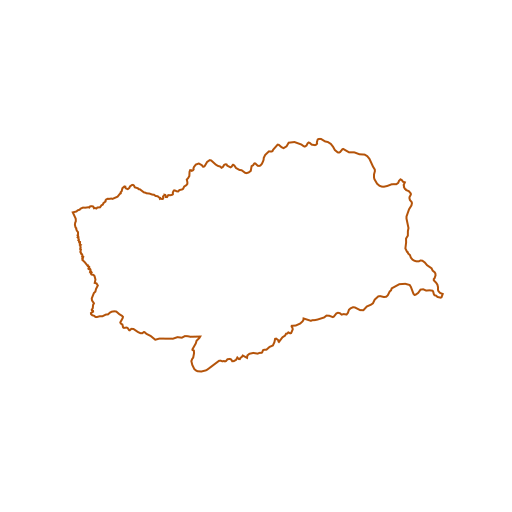 Lugela, Zambezia, Mozambique, rotated 314°
{"feature_id": "85939544B172449318268", "entity_name": "Lugela", "entity_type": "district", "adm_level": 2, "iso_a3": "MOZ", "parent_name": "Mozambique", "parent_adm1": "Zambezia", "projection": "orthographic", "projection_center": [36.652, -16.329], "detail": "fine", "context": "isolated", "style": "outline", "palette": "amber", "viewbox_px": 512, "rotation_deg": 314, "n_neighbors": 0, "source": "geoboundaries", "source_scale": "gbopen_adm2", "svg_char_len": 6157}
<svg xmlns="http://www.w3.org/2000/svg" viewBox="0 0 512 512"><g transform="rotate(314 256 256)"><path d="M388.6,232.0L387.9,228.5L386.4,226.1L385.4,221.6L384.7,220.7L383.4,219.6L382.6,219.5L380.2,220.7L379.2,221.9L377.8,221.9L376.7,221.4L374.8,218.7L374.7,216.1L374.2,215.0L372.8,214.9L370.5,215.6L368.6,215.1L368.1,214.0L367.7,211.2L364.7,204.5L360.2,200.8L356.1,201.8L352.7,200.9L352.0,198.7L351.8,195.2L351.1,194.2L344.4,194.5L342.8,195.0L341.7,194.4L340.2,192.6L335.1,192.4L332.0,193.4L330.5,194.6L329.0,195.3L326.4,196.2L324.1,196.3L323.0,195.7L322.1,194.6L322.1,191.5L321.9,190.8L321.2,190.5L319.4,190.9L317.6,190.4L313.6,193.1L311.0,192.7L309.0,191.6L308.3,190.5L307.7,186.1L306.4,184.3L305.4,180.5L306.0,177.7L305.9,176.4L305.5,176.0L303.3,176.4L302.1,176.1L301.0,172.6L301.4,171.2L300.7,170.3L299.4,169.8L297.1,170.3L295.5,169.9L295.5,168.2L294.3,165.9L293.8,163.5L293.6,157.4L292.8,156.1L289.7,155.5L285.1,156.6L283.9,156.4L283.4,155.8L283.7,154.0L282.8,150.6L280.0,149.2L277.1,149.5L275.6,150.1L274.9,151.0L273.8,151.1L272.6,150.6L272.7,149.8L272.0,149.0L270.4,149.7L267.2,152.5L264.7,153.1L262.9,153.1L261.4,155.4L260.2,156.5L258.5,156.7L256.1,156.1L253.6,156.9L252.7,156.7L250.2,155.1L248.4,155.2L247.6,154.3L246.7,151.9L246.0,151.4L244.0,152.0L242.7,153.3L242.1,153.3L240.5,152.4L238.8,150.6L236.6,151.1L235.8,150.2L236.4,149.8L236.5,148.8L236.9,148.3L236.6,147.8L236.4,148.1L235.1,147.7L234.1,147.9L233.3,149.0L232.2,149.3L231.0,147.8L231.2,147.1L230.7,147.0L231.1,146.6L230.7,145.4L230.7,143.8L229.4,142.0L229.2,140.1L228.1,138.7L226.9,136.0L225.0,133.6L224.8,132.6L223.9,131.2L223.3,126.1L222.5,125.1L222.7,124.0L221.2,121.1L221.9,119.3L221.7,118.2L221.0,117.5L218.6,117.0L216.9,117.6L215.0,117.3L214.3,115.5L214.4,114.4L215.1,113.8L214.6,113.0L212.0,112.8L209.2,114.4L207.7,114.4L207.1,115.2L206.0,114.9L202.5,115.2L197.4,113.1L196.8,112.0L194.7,110.4L194.4,109.7L192.7,109.0L191.5,109.1L190.7,109.9L188.1,109.5L186.6,110.1L185.1,109.6L182.7,110.0L180.7,108.2L179.3,108.2L178.5,106.6L177.8,106.3L178.5,104.6L177.8,103.3L176.5,102.2L175.0,102.4L174.8,101.7L172.1,99.6L170.6,97.9L168.1,96.9L166.8,97.0L165.0,96.0L163.3,95.9L160.1,93.9L157.6,100.4L155.9,102.2L154.2,102.9L152.6,104.1L151.2,106.3L151.1,107.5L150.6,107.8L149.8,109.4L149.5,111.4L147.3,113.6L146.9,113.4L146.5,114.7L145.6,114.7L145.7,115.8L145.1,116.1L144.9,117.0L143.9,117.3L144.0,117.9L143.0,119.3L143.7,119.8L142.1,121.3L142.2,122.0L141.5,121.8L141.4,122.6L140.6,123.2L140.5,123.8L138.9,124.6L139.1,125.5L136.9,126.8L137.0,127.4L136.4,128.1L136.5,129.0L136.0,129.3L136.2,130.1L135.6,131.1L135.0,131.3L135.4,132.3L134.1,133.0L133.6,132.7L133.0,133.9L132.6,133.9L132.6,137.1L132.1,140.9L132.5,141.6L131.8,142.2L132.4,143.5L132.0,144.0L130.4,144.3L130.4,144.8L131.4,145.7L131.3,146.3L129.7,147.4L130.4,147.6L130.0,149.2L129.1,149.1L128.6,149.4L128.4,150.6L129.5,152.2L129.4,153.8L127.5,156.9L124.6,158.7L125.5,160.3L124.9,162.7L121.2,163.8L118.8,165.2L116.8,165.1L111.4,167.3L110.1,168.9L109.4,172.3L107.6,172.8L105.1,174.8L103.2,175.2L102.9,175.7L103.3,176.9L102.8,177.5L100.3,176.9L99.6,177.7L99.6,179.3L100.6,181.3L100.6,182.8L101.5,183.9L104.0,185.4L106.0,187.4L109.6,188.7L111.2,190.1L114.0,190.3L115.9,191.0L117.9,192.6L119.0,194.1L119.2,198.1L119.9,201.2L119.8,202.6L118.5,203.3L114.0,204.5L113.5,205.6L113.9,207.5L112.3,210.0L112.5,210.9L114.7,212.7L115.0,213.8L114.5,216.3L114.8,216.8L117.0,216.9L118.4,218.6L119.3,223.9L120.2,226.5L121.4,227.8L123.5,228.2L123.8,228.7L123.9,231.3L125.3,235.8L125.8,241.7L129.5,243.9L138.8,253.7L143.1,255.9L145.7,259.4L149.0,260.5L150.8,262.5L152.4,265.0L159.3,271.8L157.6,272.2L153.8,272.1L151.3,273.4L144.7,275.1L144.3,275.6L144.8,277.0L143.1,278.9L139.3,281.4L137.7,281.6L135.5,282.5L133.4,285.8L131.8,290.2L132.0,292.6L132.5,294.0L134.9,296.9L138.9,299.4L140.5,299.9L154.9,302.2L156.1,303.2L156.9,305.0L158.2,305.9L158.6,306.9L159.7,307.4L161.9,307.2L163.8,308.7L164.3,310.0L163.8,312.0L165.0,313.1L167.5,313.8L170.0,313.1L169.9,315.2L170.6,316.0L171.7,315.6L173.9,315.9L175.2,315.6L176.5,320.3L178.5,318.9L181.1,319.2L184.4,321.4L186.9,325.0L188.7,325.8L190.3,327.3L190.9,327.4L193.1,326.5L194.2,327.0L195.9,328.6L200.0,328.9L203.4,330.3L206.8,329.1L209.7,327.3L210.6,327.9L210.9,330.7L210.1,331.6L210.1,332.2L215.9,331.5L218.9,332.2L221.0,331.6L222.0,332.4L223.5,332.3L224.1,334.3L225.0,334.8L228.7,333.4L229.6,332.2L230.0,330.6L230.6,330.2L233.6,332.9L238.1,334.7L241.4,334.9L242.8,334.6L244.1,333.6L247.5,340.5L248.9,341.1L250.8,342.9L253.0,344.4L259.1,347.7L262.1,348.1L263.9,350.2L265.4,353.7L266.5,354.1L270.5,353.7L272.1,354.4L273.1,356.0L273.3,358.3L275.1,359.4L276.8,361.8L279.0,361.6L281.9,360.2L284.1,360.4L286.6,361.4L287.7,362.9L289.4,368.5L291.6,370.9L296.7,370.8L300.8,372.5L303.2,373.0L307.1,371.7L311.9,372.0L313.4,373.2L315.4,376.6L317.2,378.0L319.3,378.1L323.4,376.8L325.1,377.0L327.0,376.1L335.3,378.7L339.7,382.7L341.9,386.7L341.3,389.0L338.2,395.5L338.1,397.1L339.0,397.7L342.1,398.3L346.1,397.7L348.2,399.4L349.3,402.4L351.9,404.7L353.6,407.0L353.6,407.9L352.0,410.6L351.8,411.7L352.6,413.2L352.6,415.0L354.3,417.8L355.2,418.1L358.4,416.7L357.3,414.1L357.4,411.8L358.0,410.5L360.0,408.6L361.4,406.4L361.9,404.1L362.0,400.8L362.9,399.9L364.0,399.9L366.8,398.6L368.0,397.2L368.4,395.9L368.2,393.2L369.1,390.8L368.2,385.4L368.6,382.0L368.2,379.0L367.1,377.5L365.2,376.8L363.6,375.1L362.6,373.2L362.1,371.1L362.4,368.5L363.6,366.1L363.5,363.8L364.2,362.2L363.9,361.8L365.2,358.2L370.0,354.6L372.8,351.8L376.1,351.1L379.5,347.9L382.0,346.3L387.5,338.2L389.0,336.8L396.0,333.6L400.3,332.7L402.3,331.5L402.9,330.6L403.2,327.8L404.2,326.2L405.0,325.5L407.8,324.7L408.5,323.9L408.8,320.9L407.7,318.1L408.0,317.3L407.7,316.6L408.4,314.4L409.1,314.0L409.6,312.9L412.4,311.9L411.5,310.1L411.9,308.1L411.5,306.7L409.3,306.7L407.4,307.5L405.2,307.1L401.9,303.8L397.6,301.8L394.7,299.9L393.3,298.3L392.3,296.0L392.1,292.9L393.5,287.9L394.4,286.4L396.7,284.2L399.6,282.6L400.7,281.4L401.6,278.0L404.7,270.1L405.1,266.7L404.4,263.7L401.0,259.7L398.9,254.8L395.2,250.9L393.6,244.4L392.9,244.0L389.2,244.3L388.1,243.9L387.3,242.8L387.0,239.1L388.1,235.6L388.6,232.0Z" fill="none" stroke="#b45309" stroke-width="2"/></g></svg>